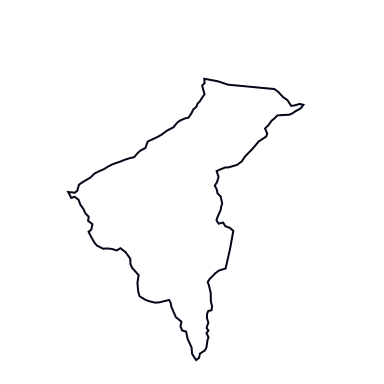 outline of Umari, Ceará, Brazil, rotated 125°
{"feature_id": "56859067B43612992911559", "entity_name": "Umari", "entity_type": "district", "adm_level": 2, "iso_a3": "BRA", "parent_name": "Brazil", "parent_adm1": "Ceará", "projection": "robinson", "projection_center": [-38.728, -6.619], "detail": "fine", "context": "isolated", "style": "outline", "palette": "ink", "viewbox_px": 384, "rotation_deg": 125, "n_neighbors": 0, "source": "geoboundaries", "source_scale": "gbopen_adm2", "svg_char_len": 2088}
<svg xmlns="http://www.w3.org/2000/svg" viewBox="0 0 384 384"><g transform="rotate(125 192 192)"><path d="M263.0,293.4L266.1,287.6L263.2,285.4L263.5,280.4L266.6,275.9L268.0,271.6L270.7,266.9L271.5,262.4L275.2,260.6L275.5,255.1L280.7,252.9L283.9,253.9L286.5,249.1L289.6,242.5L290.4,239.1L289.4,232.1L287.3,229.7L284.5,224.8L283.1,220.2L279.1,218.4L279.4,211.9L282.1,204.2L286.4,201.1L288.5,197.5L290.7,188.0L297.7,184.6L304.4,179.0L307.5,175.1L307.0,167.7L305.4,162.7L303.8,158.7L301.0,155.3L293.5,148.8L295.4,145.4L297.8,143.2L303.8,133.4L304.3,126.3L308.6,124.4L311.1,120.7L309.7,116.8L314.8,111.4L319.6,103.2L324.6,99.0L327.3,92.2L323.8,91.1L319.8,92.8L314.6,90.6L311.0,91.0L304.6,94.3L301.5,95.2L299.3,99.2L296.1,99.0L295.0,102.1L289.6,103.7L286.9,107.3L283.2,109.8L280.1,110.4L277.7,108.2L274.1,110.0L270.9,113.7L263.8,118.9L258.5,124.9L256.8,127.5L253.0,127.6L249.7,127.0L245.4,126.3L240.9,124.9L235.4,120.6L216.3,128.4L200.1,135.9L199.7,140.6L200.9,145.0L199.2,149.0L202.6,152.0L201.2,155.7L198.0,156.7L190.0,158.3L187.1,159.8L184.3,160.5L182.1,162.8L179.3,165.9L178.4,170.4L175.8,173.1L173.7,177.0L169.4,177.2L164.3,179.0L160.8,183.8L157.5,181.9L152.9,178.9L151.0,176.3L143.9,170.6L138.3,168.8L132.3,168.9L122.1,167.2L112.5,166.4L103.9,163.0L101.0,163.9L98.1,168.6L93.1,167.7L88.1,167.7L84.9,166.8L80.2,165.9L75.3,159.8L73.2,156.9L70.1,154.9L66.8,153.7L63.3,152.0L60.5,150.8L56.7,150.8L58.2,154.4L62.0,157.4L64.6,160.2L62.0,166.5L62.0,172.0L60.6,178.4L60.4,183.5L83.4,224.0L86.5,234.4L92.2,246.9L95.6,244.1L98.9,244.8L101.7,241.6L104.6,237.8L109.5,237.8L113.0,237.6L116.5,238.1L119.9,237.3L123.6,238.3L128.0,237.6L133.1,237.5L135.7,239.9L140.4,242.8L143.7,243.9L146.8,244.1L149.7,244.3L152.8,246.0L155.7,247.5L159.4,248.8L162.7,249.9L167.0,252.0L169.7,253.5L172.6,255.3L176.2,257.2L182.7,255.4L187.4,257.9L190.9,258.8L196.6,259.4L200.0,262.4L204.2,265.6L208.4,268.3L212.0,271.0L214.8,272.9L219.3,275.4L223.5,277.1L228.3,280.0L232.7,282.4L238.5,283.5L242.1,285.2L246.5,287.2L250.9,288.8L256.8,286.7L259.8,287.6L263.0,293.4Z" fill="none" stroke="#020617" stroke-width="2"/></g></svg>